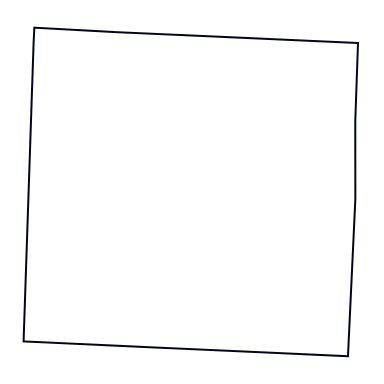 Jefferson, Illinois, United States of America, rotated 92°
{"feature_id": "52423323B98138287519382", "entity_name": "Jefferson", "entity_type": "district", "adm_level": 2, "iso_a3": "USA", "parent_name": "United States of America", "parent_adm1": "Illinois", "projection": "equal_earth", "projection_center": [-88.993, 38.301], "detail": "fine", "context": "isolated", "style": "outline", "palette": "ink", "viewbox_px": 384, "rotation_deg": 92, "n_neighbors": 0, "source": "geoboundaries", "source_scale": "gbopen_adm2", "svg_char_len": 287}
<svg xmlns="http://www.w3.org/2000/svg" viewBox="0 0 384 384"><g transform="rotate(92 192 192)"><path d="M34.9,273.6L33.3,355.3L47.5,355.5L347.2,355.1L348.6,232.9L350.7,30.4L193.5,28.5L115.6,31.3L37.3,31.3L36.5,111.5L34.9,273.6Z" fill="none" stroke="#020617" stroke-width="2"/></g></svg>